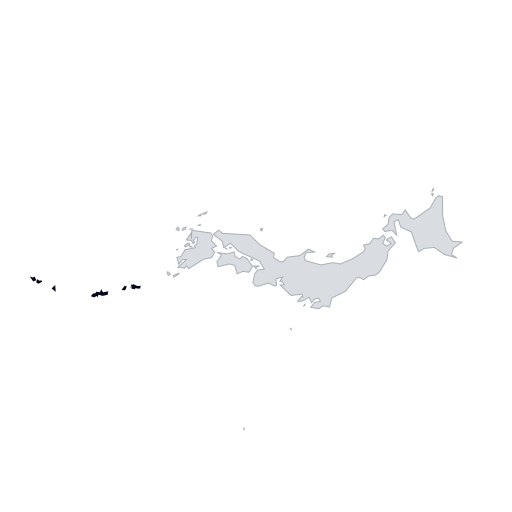 location of Okinawa within Japan, rotated 44°
{"feature_id": "JPN-3502", "entity_name": "Okinawa", "entity_type": "Prefecture", "adm_level": 1, "iso_a3": "JPN", "parent_name": "Japan", "parent_adm1": "", "projection": "robinson", "projection_center": [127.452, 26.383], "detail": "coarse", "context": "in_parent", "style": "filled", "palette": "ink", "viewbox_px": 512, "rotation_deg": 44, "n_neighbors": 0, "source": "natural_earth", "source_scale": "10m", "svg_char_len": 4457}
<svg xmlns="http://www.w3.org/2000/svg" viewBox="0 0 512 512"><g transform="rotate(44 256 256)"><path d="M340.2,148.1L347.1,149.7L347.5,160.7L352.7,167.6L355.9,181.6L355.2,186.7L350.8,192.4L350.0,198.2L345.3,199.3L343.5,202.3L344.9,219.1L339.8,233.4L344.3,241.7L338.8,245.1L337.7,250.5L331.0,254.8L330.5,248.6L333.9,243.9L330.3,242.7L328.0,246.8L328.5,251.0L322.7,248.9L320.8,256.0L317.5,259.6L316.8,253.8L318.2,253.0L315.6,251.4L308.7,260.0L293.4,260.2L296.2,257.1L292.0,256.1L290.8,257.8L289.7,252.6L286.2,258.7L291.0,262.6L290.7,264.4L283.7,266.8L278.3,276.8L275.3,278.0L272.0,277.0L267.4,269.6L266.9,265.0L271.1,259.6L261.9,257.2L240.3,264.8L229.0,264.4L226.9,272.3L221.3,268.8L210.2,270.1L211.3,263.3L216.0,263.0L237.0,245.1L251.3,245.2L267.3,241.3L269.5,244.9L277.2,243.6L279.7,241.0L279.2,235.3L287.3,225.2L288.9,214.8L295.3,212.5L289.8,219.1L291.6,223.6L294.7,225.0L308.8,217.4L316.0,207.3L322.2,203.2L327.5,190.5L330.4,178.4L329.3,174.7L325.9,173.6L329.2,168.1L328.2,161.5L332.2,158.7L333.2,152.5L336.4,153.1L338.4,159.0L343.2,158.1L344.5,152.9L338.7,154.0L338.6,152.2L340.2,148.1ZM375.0,106.1L386.8,109.1L394.7,102.7L392.6,113.4L395.7,119.2L402.0,117.8L390.6,124.0L378.4,126.0L371.9,133.4L369.8,140.1L351.1,130.8L340.0,134.6L333.2,131.1L331.4,135.4L342.7,143.3L336.2,143.1L331.5,148.9L328.4,148.6L328.9,141.5L325.0,135.7L325.1,130.8L332.2,124.8L331.3,119.2L341.1,121.2L344.1,119.6L347.9,100.2L344.9,89.4L345.7,85.5L349.0,83.8L362.2,97.2L375.0,106.1ZM213.7,276.2L220.8,276.2L218.7,281.5L223.6,281.8L225.2,287.9L220.6,294.7L216.4,311.9L212.7,311.4L213.1,314.3L207.5,318.3L208.6,307.0L205.6,309.3L206.1,315.6L200.0,311.9L202.4,308.7L200.6,300.8L206.6,292.2L204.6,291.5L205.3,288.7L201.0,283.1L199.5,284.3L200.2,288.4L202.3,288.4L202.5,290.8L198.6,289.7L194.7,292.9L193.4,285.0L197.7,288.4L192.0,282.1L207.4,270.9L210.7,271.8L213.7,276.2ZM251.3,264.0L260.7,266.0L262.2,272.6L257.3,276.1L254.8,281.9L247.2,277.6L242.5,280.1L236.1,290.0L231.9,287.3L230.6,279.0L225.5,280.4L233.7,274.7L237.6,268.1L241.1,270.8L246.4,269.4L246.6,265.7L251.3,264.0ZM174.3,389.2L168.8,392.7L167.9,397.4L165.8,398.3L169.4,388.6L172.0,389.0L174.2,385.5L174.3,389.2ZM311.7,203.7L307.2,207.5L307.3,203.5L310.6,199.6L310.0,203.5L311.7,203.7ZM194.0,358.9L189.6,365.2L186.8,363.3L194.0,358.9ZM199.0,298.5L197.3,298.3L198.0,293.7L200.2,293.4L199.0,298.5ZM264.7,265.0L261.1,264.9L265.5,260.8L264.2,263.2L264.7,265.0ZM206.7,330.5L204.3,330.5L203.5,328.5L207.0,328.5L206.7,330.5ZM190.5,260.9L187.7,263.7L190.1,258.5L190.5,260.9ZM211.4,328.3L210.1,327.6L212.7,321.3L212.7,324.3L211.4,328.3ZM179.6,289.5L182.0,289.8L182.7,291.6L180.0,292.4L179.6,289.5ZM188.6,265.1L186.6,267.3L187.0,264.5L188.6,265.1ZM113.1,427.9L110.2,427.7L110.2,427.2L111.5,425.7L113.1,427.9ZM242.8,233.9L241.0,234.3L240.5,232.4L241.7,231.7L242.8,233.9ZM185.2,288.6L184.1,286.7L185.6,283.8L186.6,286.1L185.2,288.6ZM118.8,424.0L118.0,426.6L116.6,426.8L115.9,425.3L118.8,424.0ZM184.5,371.9L183.1,371.8L183.2,369.0L183.8,368.8L184.5,371.9ZM341.2,90.0L339.2,89.4L339.1,88.6L340.5,88.2L341.2,90.0ZM204.2,293.8L201.9,295.4L201.2,294.7L204.2,293.8ZM320.8,138.6L319.8,136.9L321.4,136.4L320.8,138.6ZM227.7,271.8L229.2,271.2L230.9,271.1L227.7,271.8ZM337.8,84.7L337.7,87.6L336.7,84.5L337.8,84.7ZM191.1,281.3L189.2,283.1L191.9,280.1L191.1,281.3ZM134.9,420.3L132.5,420.5L132.7,418.2L133.4,419.3L134.9,420.3ZM194.7,272.5L193.3,273.9L193.8,272.0L194.7,272.5ZM256.3,261.0L255.4,262.8L254.4,261.2L256.3,261.0ZM188.1,364.5L187.7,365.7L187.2,364.2L188.1,364.5ZM325.4,257.1L325.0,258.5L324.6,257.1L325.4,257.1ZM195.1,306.4L193.9,306.8L195.0,305.7L195.1,306.4ZM232.2,266.9L232.3,268.5L231.1,268.3L232.2,266.9ZM332.5,284.4L331.2,284.7L331.2,283.9L332.5,284.4ZM367.8,388.3L368.0,389.9L367.0,388.1L367.8,388.3Z" fill="#d9dde1" stroke="#a8b0b8" stroke-width="1"/><path d="M175.3,386.9L172.6,390.9L168.6,392.7L169.5,394.8L168.3,394.7L167.8,397.6L165.8,398.5L165.6,396.4L167.1,394.7L166.8,392.9L170.1,390.7L169.0,388.6L171.4,389.4L174.2,385.4L175.3,386.9ZM194.3,359.8L190.7,362.6L191.0,363.8L189.4,364.7L189.7,365.4L188.2,363.6L186.5,363.3L188.2,363.2L188.1,362.0L191.6,360.9L193.1,359.5L193.4,360.2L193.8,359.0L194.3,359.8ZM111.5,425.6L113.8,426.4L112.9,428.2L110.0,427.6L111.1,427.2L111.5,425.6ZM183.8,368.7L184.8,371.3L183.5,372.4L183.0,369.1L183.8,368.7ZM119.3,422.9L118.1,426.5L116.6,426.8L115.8,425.3L117.7,425.1L119.3,422.9ZM132.4,418.0L135.0,420.3L132.3,420.5L132.4,418.0Z" fill="#0f172a" stroke="#020617" stroke-width="1.5"/></g></svg>